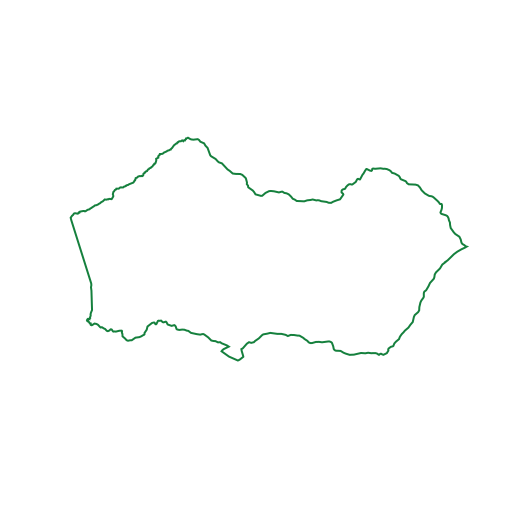 Mecula, Niassa, Mozambique, rotated 28°
{"feature_id": "85939544B86519405521682", "entity_name": "Mecula", "entity_type": "district", "adm_level": 2, "iso_a3": "MOZ", "parent_name": "Mozambique", "parent_adm1": "Niassa", "projection": "mercator", "projection_center": [37.409, -11.97], "detail": "fine", "context": "isolated", "style": "outline", "palette": "green", "viewbox_px": 512, "rotation_deg": 28, "n_neighbors": 0, "source": "geoboundaries", "source_scale": "gbopen_adm2", "svg_char_len": 6131}
<svg xmlns="http://www.w3.org/2000/svg" viewBox="0 0 512 512"><g transform="rotate(28 256 256)"><path d="M385.1,299.3L388.8,297.1L394.3,292.3L398.2,290.6L400.4,288.8L403.2,287.8L407.2,285.6L409.1,285.3L410.5,285.6L411.0,285.5L411.7,284.0L412.3,283.6L413.8,283.6L414.9,283.4L417.1,280.4L417.3,277.4L416.6,276.4L416.5,275.5L417.7,272.9L419.2,271.5L419.5,270.9L419.2,268.3L419.8,265.9L421.3,262.2L421.0,260.2L421.1,258.4L421.4,256.4L422.1,254.1L422.5,252.0L424.2,247.7L424.6,244.3L425.4,240.7L424.0,235.6L423.9,233.6L425.5,229.5L425.6,227.4L424.2,224.4L423.0,219.8L422.9,217.7L423.4,214.2L423.3,213.2L421.6,210.0L421.4,209.0L421.4,208.3L422.3,206.4L422.5,201.8L422.3,198.1L423.7,192.5L423.4,190.9L422.5,188.4L422.6,186.0L424.3,180.6L424.5,176.1L426.1,172.6L425.9,172.5L427.2,170.0L429.9,161.5L431.7,157.7L434.2,153.7L436.5,150.6L437.6,148.8L436.6,149.0L435.0,148.6L432.6,148.5L431.2,147.8L429.0,145.3L426.5,143.5L421.6,143.0L419.4,142.2L414.8,139.9L412.8,137.5L411.5,135.4L409.5,133.8L408.4,132.4L406.9,131.3L405.9,130.9L404.5,130.9L400.2,131.7L399.2,131.6L398.4,130.9L398.1,128.1L397.6,126.2L396.5,124.0L395.7,123.1L395.3,123.0L394.3,123.6L393.7,123.6L392.6,122.9L390.6,122.2L385.5,120.9L384.0,120.7L382.4,121.0L381.3,121.5L380.3,121.7L375.7,121.5L371.4,120.2L368.5,118.5L365.8,117.6L363.3,118.1L357.2,121.0L355.2,120.8L353.7,119.9L352.9,119.7L348.0,120.2L347.1,119.9L346.1,119.0L344.4,118.2L339.7,118.1L337.1,118.7L335.3,117.9L333.6,117.6L330.8,117.8L328.7,118.5L327.6,119.2L324.8,120.1L320.2,123.1L318.3,123.8L317.8,124.5L318.2,126.0L317.9,126.7L316.5,127.1L313.0,127.2L312.6,127.4L312.3,129.3L312.2,132.9L311.9,134.0L311.9,139.5L311.4,139.8L310.1,139.9L309.6,140.2L309.3,141.0L309.3,143.8L307.7,147.2L307.2,147.9L305.6,148.3L304.5,149.0L303.7,150.6L303.1,152.8L303.1,154.6L302.8,155.2L301.6,156.2L301.0,157.4L301.0,158.4L301.7,159.7L303.7,160.2L304.3,160.8L303.6,166.5L301.1,169.0L298.6,171.9L297.4,173.8L295.1,174.9L293.0,175.1L287.8,177.0L285.8,177.2L284.4,177.7L283.2,178.6L279.5,179.5L277.9,180.9L275.1,182.8L272.9,185.1L266.1,188.3L263.7,188.0L261.6,188.2L259.1,187.1L256.0,186.2L253.6,186.3L251.4,187.0L249.1,186.8L248.3,187.3L246.4,189.1L241.6,190.4L238.6,191.6L237.1,192.6L234.8,195.8L233.2,199.9L232.1,200.6L226.6,201.8L224.4,200.5L222.5,199.7L217.0,199.0L216.7,198.8L215.9,197.6L214.2,196.9L213.5,195.3L210.6,192.2L209.9,191.9L205.8,190.8L203.6,191.0L199.4,193.1L196.7,194.1L192.9,193.2L190.2,192.9L182.4,190.2L179.3,190.7L177.8,190.4L174.8,189.3L169.5,189.0L168.4,188.6L167.7,188.0L162.5,183.3L159.5,182.3L157.3,180.9L153.2,181.2L151.2,180.3L149.7,180.2L146.1,182.7L144.3,183.4L143.3,183.6L140.4,183.5L139.9,184.1L139.4,185.1L139.1,185.2L139.3,185.8L138.9,186.5L139.0,187.3L138.2,187.6L137.9,188.8L136.7,188.5L136.4,188.7L135.8,190.0L134.3,190.8L133.8,192.3L133.4,192.4L133.3,193.7L132.9,193.9L131.6,196.8L131.2,200.0L130.7,201.3L130.8,202.0L130.1,202.6L129.6,203.5L128.4,204.6L128.0,205.6L126.1,208.0L125.9,208.9L125.1,210.0L123.2,211.1L123.2,211.7L123.5,212.3L122.9,213.3L123.0,214.2L123.6,215.0L122.2,217.0L123.1,218.5L123.6,220.8L123.6,221.2L122.9,222.2L123.3,222.7L122.6,224.0L122.5,225.7L121.9,226.5L121.7,227.6L120.7,228.7L120.6,229.7L120.0,230.4L119.9,232.2L119.2,232.8L118.9,234.0L118.5,234.4L118.7,235.0L118.3,235.5L118.0,236.2L118.5,237.5L118.3,238.6L117.9,239.0L117.3,239.0L116.8,239.6L115.7,240.1L114.6,241.2L114.2,242.6L113.2,243.7L113.5,244.5L113.4,245.1L113.7,245.8L113.3,246.5L113.5,247.0L113.2,248.8L110.2,252.3L109.8,253.2L108.8,254.0L108.5,254.9L108.1,255.0L107.6,256.2L106.9,256.7L106.5,257.8L105.2,258.6L104.6,258.7L103.9,259.3L103.2,261.0L101.1,262.1L101.2,262.9L100.4,264.0L100.3,265.6L100.0,266.4L100.6,268.7L101.4,269.4L102.0,270.4L101.9,273.3L101.8,273.6L99.5,274.5L98.8,275.5L98.3,275.6L97.3,276.6L95.9,277.1L95.1,279.6L94.0,281.2L93.6,282.5L92.7,283.8L92.5,284.4L91.3,286.0L90.0,287.0L89.5,288.3L88.5,289.9L88.2,290.8L87.4,291.8L87.1,292.9L85.6,294.3L84.4,296.6L83.6,297.0L83.2,296.9L82.3,297.4L79.8,299.4L79.5,299.9L79.8,300.5L79.4,301.1L79.0,301.1L78.8,302.3L76.1,303.2L75.3,304.1L75.2,305.6L74.7,306.8L74.4,309.2L76.1,311.1L123.3,357.5L124.3,359.0L125.0,361.1L127.0,363.9L136.6,380.7L136.9,383.6L137.3,385.2L137.8,385.8L138.1,386.8L138.3,388.4L138.7,388.7L138.5,389.4L138.7,390.0L137.2,390.3L137.1,390.5L137.5,391.0L137.2,391.3L137.2,391.8L136.9,391.8L136.9,392.1L137.5,392.6L138.4,392.4L138.8,392.8L139.5,392.7L140.3,393.0L140.8,393.6L141.1,393.6L141.8,393.2L142.5,394.4L143.4,394.3L143.8,393.9L145.1,391.5L147.0,390.9L148.7,390.9L151.9,392.0L152.6,392.0L153.2,391.3L153.7,391.2L155.4,391.4L157.1,391.3L159.0,392.0L159.9,392.1L160.5,391.9L161.5,390.7L161.9,389.4L162.3,388.8L163.2,388.7L165.1,389.7L165.8,389.6L166.7,388.9L167.7,388.6L170.5,386.1L172.4,385.0L173.0,385.2L173.6,386.7L174.6,387.5L175.9,389.6L179.0,390.3L181.3,391.1L182.8,390.9L184.3,389.6L185.8,388.8L187.9,384.7L191.1,382.4L192.4,380.8L193.4,379.1L194.2,378.0L194.3,377.5L193.7,376.3L194.1,372.4L193.3,369.2L195.6,364.0L197.0,362.7L197.5,362.5L198.1,362.7L199.2,363.4L199.7,363.3L200.0,362.8L199.9,359.4L200.4,358.8L201.3,358.5L202.5,357.6L204.6,358.2L205.5,358.0L207.2,356.3L208.1,356.5L210.1,357.9L210.5,357.9L214.3,357.3L216.3,355.4L216.9,355.4L218.2,355.9L220.0,357.7L220.9,357.9L223.0,357.3L225.4,355.6L227.4,354.7L229.9,354.4L231.4,353.9L234.7,354.4L240.4,352.8L243.7,351.6L245.0,350.4L246.0,349.7L247.2,349.6L252.0,350.3L256.2,351.6L258.4,351.0L260.2,350.2L263.0,350.1L264.9,348.9L266.5,349.2L272.3,348.6L274.5,348.8L271.1,353.5L270.4,355.4L270.3,356.3L279.4,357.5L289.0,356.8L289.5,356.3L290.4,354.9L292.1,351.0L291.9,350.6L287.9,346.5L286.8,345.1L287.7,343.7L289.1,337.7L290.3,335.4L292.6,334.9L294.6,333.1L295.1,331.4L297.2,327.4L298.5,323.1L299.2,321.8L302.5,319.2L304.7,317.2L311.5,314.7L315.1,312.8L319.2,311.7L321.7,311.7L323.7,309.4L326.7,307.9L330.2,306.7L331.8,305.9L336.4,306.1L337.6,306.5L341.2,306.8L343.0,307.5L344.8,307.4L346.3,306.6L349.2,303.8L352.0,302.2L354.8,301.2L360.1,297.4L361.2,296.9L363.1,296.8L363.9,297.1L366.6,299.5L368.3,301.6L369.4,302.1L370.2,302.2L371.0,302.1L375.0,300.2L375.9,300.1L378.5,300.3L380.9,300.1L385.1,299.3Z" fill="none" stroke="#15803d" stroke-width="2"/></g></svg>